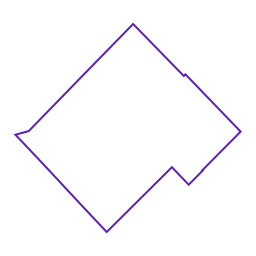 outline of Trenque Lauquen, Buenos Aires, Argentina, rotated 90°
{"feature_id": "61730980B72658617364075", "entity_name": "Trenque Lauquen", "entity_type": "district", "adm_level": 2, "iso_a3": "ARG", "parent_name": "Argentina", "parent_adm1": "Buenos Aires", "projection": "robinson", "projection_center": [-62.544, -36.056], "detail": "fine", "context": "isolated", "style": "outline", "palette": "violet", "viewbox_px": 256, "rotation_deg": 90, "n_neighbors": 0, "source": "geoboundaries", "source_scale": "gbopen_adm2", "svg_char_len": 357}
<svg xmlns="http://www.w3.org/2000/svg" viewBox="0 0 256 256"><g transform="rotate(90 128 128)"><path d="M184.7,67.3L170.7,53.4L170.4,53.8L131.6,15.4L74.3,70.6L76.0,72.2L24.0,122.9L73.1,170.9L131.1,227.3L134.7,240.6L159.3,217.3L182.2,195.9L182.5,195.7L209.0,171.0L232.0,149.3L167.2,84.1L184.7,67.3Z" fill="none" stroke="#5b21b6" stroke-width="2"/></g></svg>